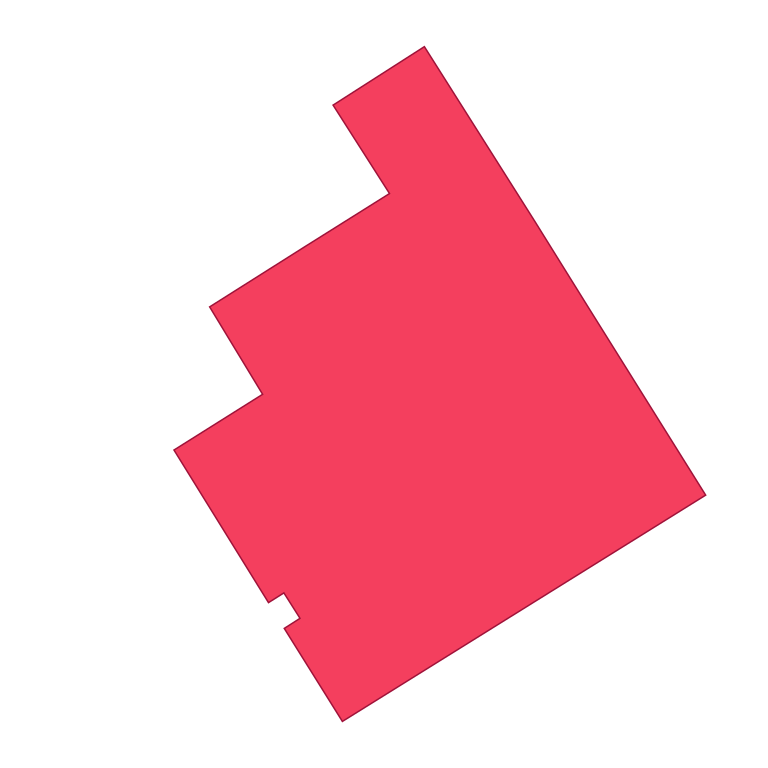 Geauga, Ohio, United States of America, rotated 328°
{"feature_id": "52423323B9355871384257", "entity_name": "Geauga", "entity_type": "district", "adm_level": 2, "iso_a3": "USA", "parent_name": "United States of America", "parent_adm1": "Ohio", "projection": "equal_earth", "projection_center": [-81.207, 41.532], "detail": "fine", "context": "isolated", "style": "filled", "palette": "rose", "viewbox_px": 768, "rotation_deg": 328, "n_neighbors": 0, "source": "geoboundaries", "source_scale": "gbopen_adm2", "svg_char_len": 363}
<svg xmlns="http://www.w3.org/2000/svg" viewBox="0 0 768 768"><g transform="rotate(328 384 384)"><path d="M597.9,648.7L597.9,426.8L598.1,326.4L597.0,119.3L488.6,120.5L489.6,225.4L391.1,225.6L277.0,226.2L275.6,328.4L170.9,328.7L170.2,508.2L188.4,508.1L188.6,538.2L169.9,538.4L169.9,648.1L597.9,648.7Z" fill="#f43f5e" stroke="#9f1239" stroke-width="1.5"/></g></svg>